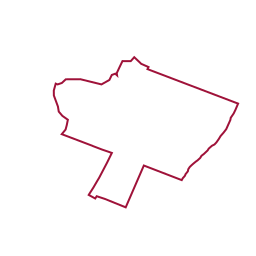 outline of 'Eua fo'ou, Eua, Tonga, rotated 211°
{"feature_id": "48082658B68963423411416", "entity_name": "'Eua fo'ou", "entity_type": "district", "adm_level": 2, "iso_a3": "TON", "parent_name": "Tonga", "parent_adm1": "Eua", "projection": "natural_earth1", "projection_center": [-174.959, -21.373], "detail": "fine", "context": "isolated", "style": "outline", "palette": "rose", "viewbox_px": 256, "rotation_deg": 211, "n_neighbors": 0, "source": "geoboundaries", "source_scale": "gbopen_adm2", "svg_char_len": 1048}
<svg xmlns="http://www.w3.org/2000/svg" viewBox="0 0 256 256"><g transform="rotate(211 128 128)"><path d="M55.1,111.0L55.2,113.2L54.8,115.2L54.6,116.5L54.9,118.0L54.4,121.7L55.1,123.7L55.0,126.4L54.4,128.7L53.6,131.2L52.5,134.3L51.7,136.1L51.4,137.2L50.9,138.8L50.7,139.6L50.7,142.0L49.6,144.8L48.2,149.8L48.2,151.9L46.9,156.0L45.4,158.4L44.8,161.2L44.5,165.5L44.5,168.8L43.7,173.2L43.2,177.6L44.4,187.6L45.2,189.7L44.9,194.9L45.3,199.2L46.2,205.6L125.5,191.4L141.6,188.5L141.8,190.8L149.8,189.8L151.3,190.2L159.1,191.9L160.1,186.7L167.2,182.5L166.5,175.0L165.9,169.2L164.5,167.5L166.9,168.0L169.2,165.1L168.7,159.6L173.2,151.7L193.9,145.3L206.4,137.7L207.9,132.5L210.8,129.1L212.8,128.8L210.9,121.9L208.3,117.7L199.1,110.3L195.8,106.4L190.5,104.6L183.8,104.1L181.9,98.7L180.7,94.5L181.6,88.6L149.4,94.4L149.0,94.4L138.9,96.2L133.4,97.4L129.0,98.3L128.1,87.6L127.1,70.6L127.1,66.9L127.0,59.4L127.2,51.9L127.2,50.4L119.8,50.7L119.7,53.4L111.3,55.3L89.1,58.8L92.1,81.4L95.1,104.0L55.1,111.0Z" fill="none" stroke="#9f1239" stroke-width="2"/></g></svg>